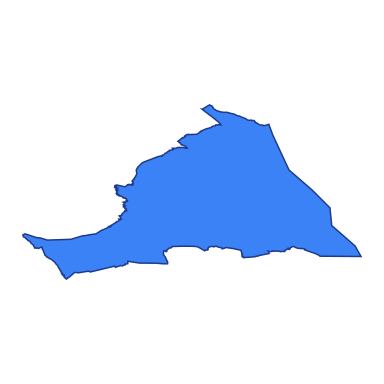 outline of Åsnes nor, Hedmark, Norway
{"feature_id": "86288312B76254808109163", "entity_name": "Åsnes nor", "entity_type": "district", "adm_level": 2, "iso_a3": "NOR", "parent_name": "Norway", "parent_adm1": "Hedmark", "projection": "equal_earth", "projection_center": [12.086, 60.681], "detail": "fine", "context": "isolated", "style": "filled", "palette": "blue", "viewbox_px": 384, "rotation_deg": 0, "n_neighbors": 0, "source": "geoboundaries", "source_scale": "gbopen_adm2", "svg_char_len": 5982}
<svg xmlns="http://www.w3.org/2000/svg" viewBox="0 0 384 384"><path d="M361.0,256.5L355.1,246.0L331.7,225.5L330.0,207.9L312.2,190.1L289.0,170.0L272.8,135.1L268.8,124.3L266.6,125.1L263.5,125.7L263.2,125.7L263.1,125.3L262.7,125.0L260.4,125.0L258.2,124.0L256.9,123.0L255.3,122.5L255.1,121.6L253.8,120.4L252.2,120.6L251.0,120.0L249.6,120.4L247.5,120.0L245.8,118.7L240.6,116.7L239.6,116.0L238.1,116.0L233.3,113.8L232.4,113.8L227.3,112.4L225.6,112.2L223.7,112.5L222.7,112.0L221.9,112.2L216.2,110.5L215.3,109.6L214.4,109.3L213.1,108.3L213.2,107.9L212.8,107.6L212.8,107.0L212.1,106.1L209.5,104.9L203.1,108.7L203.3,108.8L203.3,109.3L202.0,109.2L209.6,115.0L211.7,116.5L218.4,122.0L219.5,123.0L220.9,124.9L218.5,124.6L217.0,125.0L215.9,124.8L215.1,126.0L214.0,126.0L212.1,126.5L211.2,127.5L206.0,128.9L200.8,131.2L201.2,131.4L196.8,134.3L188.4,134.6L188.2,134.3L186.5,134.7L184.7,136.0L185.3,136.4L183.0,138.0L182.6,137.6L177.9,141.3L178.6,141.7L178.7,142.1L179.0,142.4L180.3,142.9L180.4,143.5L181.3,144.5L181.4,145.0L182.5,145.0L185.2,146.1L185.9,146.9L185.8,147.2L186.8,147.6L187.2,148.0L186.4,148.1L185.8,148.4L184.0,147.6L182.9,147.4L181.1,147.6L179.6,147.3L179.0,147.5L177.6,147.5L175.8,148.3L172.4,148.3L172.8,148.9L173.4,149.2L173.4,149.5L170.9,150.2L169.3,150.3L169.2,151.0L168.9,151.1L168.8,151.4L167.7,151.6L167.5,152.0L166.5,152.7L166.5,152.9L165.1,153.3L163.8,154.8L162.4,155.2L162.5,155.3L162.2,155.7L162.3,155.9L161.9,156.3L161.6,156.4L160.7,156.0L158.0,156.6L144.1,161.9L141.7,163.2L137.7,167.3L136.3,169.8L136.5,171.9L136.8,173.4L136.4,174.8L135.2,177.0L133.4,179.5L133.7,179.5L132.1,181.2L132.9,181.6L132.7,182.1L133.0,182.7L132.4,183.5L133.0,183.6L133.3,184.2L132.6,185.2L131.6,184.8L131.1,185.0L130.9,184.6L130.6,184.5L129.8,184.6L129.6,184.4L128.6,184.6L128.3,184.5L128.2,184.6L128.3,184.7L127.9,184.7L127.9,184.9L127.4,184.9L127.4,185.2L125.0,186.8L116.8,185.0L115.8,185.3L116.3,185.5L115.8,185.7L116.1,185.9L114.8,186.3L114.7,186.7L115.4,186.7L115.2,187.0L116.0,187.1L115.8,187.5L116.1,187.6L115.7,187.8L117.6,188.2L117.0,188.7L116.3,188.7L116.4,189.1L115.9,189.5L116.4,189.9L116.8,189.6L117.1,189.9L116.8,190.1L117.6,190.2L116.9,190.6L116.6,190.4L116.5,190.6L116.8,190.8L116.5,191.1L116.6,191.4L117.0,191.3L117.3,191.2L117.4,191.4L116.9,192.3L117.1,192.5L117.1,193.1L116.7,193.2L116.8,193.4L116.6,193.6L117.1,193.9L116.6,194.0L117.0,194.3L117.5,194.1L117.5,194.3L117.0,194.5L117.1,194.8L118.0,195.1L118.3,195.0L118.3,194.8L118.5,194.8L118.6,195.2L119.1,195.4L118.7,195.6L118.9,195.9L119.4,195.8L121.7,196.4L122.4,196.9L122.8,197.4L123.7,197.6L123.3,197.8L123.4,198.0L124.1,197.7L124.8,198.2L125.0,198.2L124.9,197.9L125.3,198.0L125.7,198.5L126.4,198.7L126.4,199.1L126.6,199.3L126.3,199.9L127.0,200.4L126.2,200.6L126.4,200.9L126.7,200.7L127.1,200.9L127.2,201.3L126.0,201.8L125.6,202.2L124.7,202.2L124.5,201.9L123.5,202.1L124.5,202.7L124.0,202.8L124.4,203.1L124.4,203.5L124.2,203.7L124.5,204.1L124.4,204.4L124.6,204.4L123.4,204.9L124.5,205.5L124.0,205.8L124.4,206.1L124.0,206.4L124.6,206.3L124.0,206.8L123.7,206.9L123.5,206.6L123.4,206.8L124.5,207.1L124.4,207.5L124.7,208.2L125.3,208.2L125.4,208.7L125.9,208.8L125.6,209.1L126.4,209.7L126.2,210.2L126.6,210.8L125.3,211.3L124.9,210.8L123.8,212.3L122.0,213.9L121.7,214.5L121.7,215.4L120.7,215.8L120.2,215.6L119.2,215.9L120.5,217.4L121.3,219.1L119.4,219.1L119.8,219.4L119.2,219.7L119.8,220.1L117.8,221.4L116.5,221.7L116.3,221.9L116.5,222.1L110.1,226.0L111.0,226.0L110.3,226.8L109.3,227.1L108.9,226.8L108.9,227.0L108.0,227.1L107.7,227.5L106.5,228.3L101.2,230.5L96.4,233.6L95.6,233.9L90.4,234.6L85.1,235.6L82.6,235.8L70.8,239.3L47.4,240.1L40.5,238.0L36.1,237.5L25.6,234.0L24.7,233.9L24.2,234.3L23.1,234.7L23.2,234.9L23.0,235.9L23.4,236.3L23.5,236.9L25.6,237.9L25.9,238.6L27.5,239.8L27.9,240.5L30.0,241.4L30.6,242.7L33.5,245.3L33.9,246.4L34.5,247.1L34.4,247.6L34.9,248.2L36.0,247.9L36.4,248.2L37.8,248.0L38.4,248.5L41.8,246.9L42.1,248.1L42.4,248.3L42.2,249.0L42.8,249.5L42.8,249.8L43.6,251.2L43.6,252.0L44.4,253.3L44.9,255.1L46.7,256.6L46.7,257.0L48.6,257.8L49.2,258.5L50.6,258.9L51.5,259.5L54.7,262.1L55.8,263.8L57.6,265.5L58.4,267.4L60.3,270.3L60.2,270.5L61.2,271.4L61.1,271.7L61.6,272.6L61.4,272.9L62.3,273.6L61.8,273.8L62.2,274.5L63.2,275.5L63.4,275.5L63.5,275.2L63.9,275.1L64.3,275.3L64.4,275.6L64.1,275.8L63.9,276.6L64.8,277.8L65.7,278.2L66.3,279.1L69.6,276.8L74.8,272.4L78.7,272.8L88.1,271.2L89.5,271.5L90.2,272.0L114.8,266.1L115.4,267.3L120.8,265.5L121.4,265.8L122.6,265.9L124.4,264.9L125.1,264.9L125.2,264.1L127.8,263.7L127.8,261.3L139.7,263.1L155.9,263.2L163.3,263.8L167.5,263.8L167.7,262.0L166.3,259.4L165.3,257.0L163.7,255.1L163.4,252.5L163.5,251.4L163.7,250.9L164.7,250.9L165.7,251.5L165.6,250.7L166.9,250.9L166.7,250.2L168.1,249.1L168.2,248.8L168.5,248.8L168.8,248.2L170.9,247.9L171.7,247.5L171.9,246.6L172.9,246.5L182.5,246.2L193.0,246.3L195.9,246.5L198.3,247.1L205.2,251.1L205.0,250.9L205.2,250.7L205.1,250.4L205.7,249.9L207.5,250.0L207.7,249.5L208.1,249.5L207.8,248.6L208.4,247.6L209.1,247.2L209.3,246.8L209.7,246.9L210.4,246.6L212.6,246.3L213.3,246.8L214.6,246.7L215.3,246.2L216.0,246.1L217.7,246.9L222.0,248.0L222.2,248.7L222.5,248.4L223.0,248.6L224.0,248.4L225.9,247.5L233.4,248.6L241.0,250.3L241.1,251.3L241.5,251.9L241.6,252.6L242.3,253.9L241.9,254.0L242.4,254.8L242.0,255.0L241.8,255.8L242.2,256.6L242.6,256.6L243.0,257.4L243.3,257.4L243.4,256.9L244.0,257.1L244.0,257.6L254.5,256.8L257.5,256.0L258.3,256.1L259.1,255.5L269.2,253.5L268.8,252.9L268.6,251.7L268.2,251.3L270.5,251.6L271.5,251.5L272.3,251.0L273.2,251.3L275.1,251.0L276.5,251.2L278.0,251.0L280.7,251.7L281.6,251.4L284.3,251.5L284.2,251.2L285.1,250.8L284.9,250.5L285.2,250.1L287.1,249.4L287.4,248.8L288.1,248.2L288.7,248.8L288.7,249.3L289.2,249.4L290.0,248.9L290.2,248.5L290.0,248.0L290.6,247.4L291.7,247.2L292.2,246.7L293.9,246.4L294.7,247.1L295.8,247.6L297.9,248.3L301.4,248.6L302.7,248.5L303.6,248.9L304.6,248.9L305.0,249.3L304.8,249.9L315.7,253.7L318.7,255.1L320.0,256.2L361.0,256.5Z" fill="#3b82f6" stroke="#1e3a8a" stroke-width="1.5"/></svg>